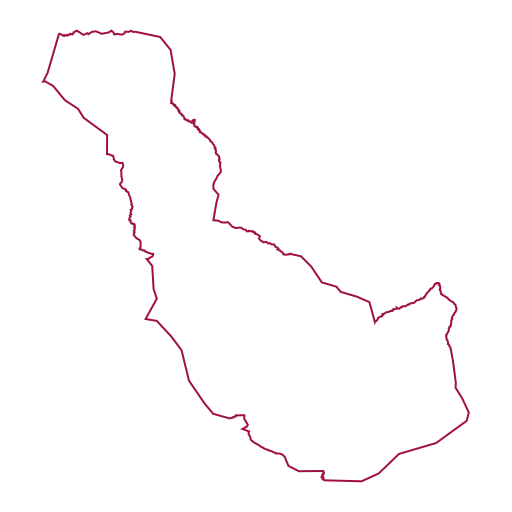 O'mnodelger, Hentiy, Mongolia (Robinson projection)
{"feature_id": "93677404B98015176307240", "entity_name": "O'mnodelger", "entity_type": "district", "adm_level": 2, "iso_a3": "MNG", "parent_name": "Mongolia", "parent_adm1": "Hentiy", "projection": "robinson", "projection_center": [109.533, 48.49], "detail": "fine", "context": "isolated", "style": "outline", "palette": "rose", "viewbox_px": 512, "rotation_deg": 0, "n_neighbors": 0, "source": "geoboundaries", "source_scale": "gbopen_adm2", "svg_char_len": 6047}
<svg xmlns="http://www.w3.org/2000/svg" viewBox="0 0 512 512"><path d="M160.2,37.0L135.5,31.8L133.1,31.9L131.0,30.8L129.0,31.8L125.1,31.7L124.7,33.1L122.5,34.5L120.4,34.5L117.4,33.8L114.9,34.5L114.0,34.1L113.5,32.4L111.4,30.7L108.8,32.4L101.8,33.8L95.8,31.3L91.9,31.9L88.4,34.2L87.5,33.2L83.4,34.9L77.7,31.1L76.9,31.2L76.6,30.7L73.4,32.5L73.5,33.2L72.5,34.4L70.2,33.8L69.8,34.5L68.7,34.6L68.5,35.1L67.5,35.4L67.5,35.0L66.7,34.9L66.2,35.4L64.2,35.9L64.1,35.1L62.7,35.4L59.8,33.7L59.0,34.0L58.8,34.5L47.6,72.8L43.2,81.6L44.9,81.3L53.1,85.9L64.9,100.2L78.0,108.8L83.8,117.9L107.1,135.0L107.0,154.2L109.5,154.4L111.3,155.4L113.0,155.7L113.1,156.5L113.7,157.5L113.7,158.8L114.5,160.4L115.5,161.5L120.1,163.1L122.5,162.8L123.1,165.2L123.0,166.9L121.0,170.3L121.4,172.4L121.4,176.6L122.0,178.2L122.2,180.5L121.5,182.4L120.3,183.3L120.0,184.5L122.3,187.9L126.0,189.7L125.8,190.8L126.8,191.2L127.1,191.8L128.3,192.2L129.5,196.0L130.4,197.8L130.5,199.8L131.0,200.3L131.2,202.0L131.7,203.2L131.4,204.5L131.8,204.8L131.7,205.5L132.6,206.6L132.2,207.0L132.1,208.9L130.8,209.7L131.3,210.5L130.5,212.6L131.2,214.2L130.4,214.5L129.9,215.5L130.5,216.0L130.6,216.5L129.6,217.6L129.2,219.5L129.4,220.3L130.6,220.3L130.5,222.1L131.4,223.2L132.1,223.2L132.4,223.9L133.1,224.3L134.1,223.9L134.9,225.2L134.3,226.6L134.9,227.2L134.3,227.9L134.7,228.3L134.3,229.7L134.6,230.2L133.9,231.0L134.4,231.7L134.1,232.2L134.5,232.6L134.3,233.5L133.8,233.7L133.8,235.2L136.7,238.4L139.3,239.8L140.2,240.9L140.6,242.8L140.6,246.3L140.5,247.1L139.5,248.6L139.7,249.3L141.6,249.6L142.7,250.4L144.8,250.5L145.5,251.7L151.5,253.9L153.3,253.9L153.3,254.3L152.6,256.2L152.0,256.7L149.0,258.1L148.5,258.9L146.7,259.0L152.2,265.9L153.6,289.0L156.8,298.7L145.6,319.0L156.8,320.9L171.2,336.4L181.5,350.1L189.0,380.7L204.8,403.8L213.2,413.8L229.5,418.4L233.4,417.5L233.3,417.0L235.0,416.5L235.5,415.7L235.9,416.1L236.2,415.4L244.2,415.2L244.6,416.0L244.1,417.5L244.4,419.2L247.8,424.7L246.9,426.5L242.5,429.0L249.2,431.5L248.6,432.9L248.6,434.3L250.2,436.8L250.6,439.4L251.3,440.3L254.3,442.6L258.6,445.0L261.5,447.1L263.3,447.7L263.9,448.4L267.9,450.0L268.3,449.9L269.2,450.6L271.8,451.2L273.0,452.2L275.3,452.7L275.9,453.5L279.6,453.5L282.5,454.6L284.8,457.0L288.4,465.9L298.8,471.2L323.1,471.0L323.2,471.7L323.8,472.0L323.9,472.9L323.4,473.4L323.5,473.9L322.7,473.9L322.6,474.4L322.9,475.0L322.4,475.7L322.8,475.8L321.9,476.0L321.6,476.9L322.4,476.9L322.1,477.4L322.3,478.2L322.5,477.8L323.4,477.9L323.2,478.5L324.2,480.3L361.6,481.3L378.8,473.4L399.0,453.9L436.2,443.0L466.8,420.7L468.8,412.5L462.0,397.9L455.6,387.8L455.8,382.6L453.1,361.7L450.8,349.1L450.3,348.1L450.4,347.1L449.3,346.1L449.1,344.9L448.0,344.1L448.3,343.5L447.9,342.7L447.8,341.3L447.5,340.3L446.6,339.5L446.6,337.7L446.1,336.8L446.4,336.1L446.1,334.9L446.8,334.4L447.5,332.8L448.5,331.4L448.9,330.0L448.7,328.8L449.1,328.5L449.0,327.8L449.7,327.2L449.8,326.3L450.6,326.2L450.8,325.7L451.4,320.9L451.2,320.5L452.3,318.9L451.8,317.7L453.3,315.0L454.0,314.5L454.6,312.7L455.6,311.9L456.7,308.4L455.9,307.0L455.4,304.6L454.1,303.8L453.3,302.2L451.4,301.4L448.4,299.2L447.7,298.0L441.3,294.2L441.5,293.8L440.8,293.1L440.8,291.4L439.7,289.8L440.3,289.0L440.0,288.5L440.3,287.2L439.8,285.6L439.0,285.2L439.6,284.1L438.7,283.0L436.3,283.1L436.1,283.8L434.7,284.2L433.3,287.0L431.7,288.5L430.4,288.7L430.2,289.7L429.2,290.4L428.6,291.6L426.6,293.3L426.7,293.8L425.2,295.5L425.2,296.3L424.5,297.2L424.0,297.2L423.9,297.9L421.8,298.8L421.0,298.3L419.6,299.8L417.0,300.3L415.7,301.1L414.3,302.7L409.5,303.7L409.1,304.6L408.0,304.5L405.4,306.3L403.1,306.1L401.7,307.3L401.1,307.0L400.4,307.5L399.4,308.7L397.9,308.5L396.9,307.8L397.1,308.5L396.8,308.7L394.3,309.3L393.6,309.1L393.5,309.6L392.6,309.8L392.5,310.9L390.0,311.1L388.6,312.0L386.2,312.2L384.7,313.5L382.5,314.1L383.0,314.9L382.3,315.3L382.0,316.3L381.0,316.3L377.9,318.1L377.6,319.5L376.1,321.2L375.2,321.3L374.9,322.1L369.4,302.1L357.0,296.7L340.7,291.9L336.5,286.7L321.8,282.4L311.2,266.5L300.9,256.2L291.8,254.3L290.8,253.7L289.9,253.9L289.5,254.4L288.6,254.1L286.5,254.8L283.4,254.4L283.1,253.1L280.0,250.5L278.6,250.2L278.2,249.6L278.2,249.1L277.9,249.1L278.4,248.6L277.4,247.6L275.6,247.0L274.2,244.5L271.2,244.3L269.9,243.1L268.1,243.5L266.5,241.9L263.2,242.3L262.3,241.3L261.2,241.1L259.0,238.5L259.9,236.3L259.5,235.7L255.9,233.8L255.2,233.9L254.8,233.5L255.1,232.5L253.9,232.4L253.1,231.9L253.3,231.5L252.9,231.1L250.4,231.3L248.9,230.7L248.2,231.4L246.7,231.3L245.9,229.9L243.0,229.2L241.6,227.9L240.4,227.5L235.6,228.0L232.3,226.7L228.7,222.8L227.8,222.2L225.1,222.6L221.2,222.3L218.4,220.7L213.4,220.2L216.5,202.2L218.6,194.8L213.4,188.8L213.4,185.6L213.9,182.5L216.9,177.6L217.4,176.1L220.8,172.0L220.9,170.0L219.9,166.3L220.3,164.3L219.9,163.0L220.2,162.6L219.9,162.5L219.8,161.9L218.9,160.8L219.5,159.6L219.1,159.5L219.4,157.7L218.9,157.2L219.0,156.2L216.9,154.3L216.8,153.9L216.0,153.7L215.6,152.3L216.0,151.7L215.9,150.2L215.3,149.6L215.5,148.0L214.7,147.9L214.8,147.1L214.0,145.0L213.0,144.1L212.3,142.6L210.3,141.0L210.2,140.1L207.8,137.6L207.1,137.6L206.7,136.6L205.8,136.0L205.7,136.5L205.4,136.5L205.3,136.0L204.6,135.4L204.5,134.6L203.2,134.5L202.6,133.4L200.7,132.5L200.5,131.8L199.9,132.0L199.8,130.6L198.8,130.2L199.1,129.8L198.6,129.5L198.7,129.0L197.9,128.9L198.1,128.2L197.4,126.9L196.2,126.7L196.1,127.1L194.3,125.9L194.5,125.2L194.1,124.6L194.3,124.0L193.7,123.9L193.6,122.7L193.2,122.7L194.7,121.7L194.7,119.8L193.1,120.1L192.2,121.1L192.3,121.7L191.1,122.2L190.0,121.4L189.1,121.5L188.6,120.8L188.0,120.8L187.9,120.3L187.3,120.6L185.8,119.4L185.4,119.6L184.7,119.2L184.8,118.8L184.4,118.7L183.7,116.5L182.6,115.3L182.0,115.4L181.9,114.5L181.1,114.0L181.2,113.6L179.6,112.9L179.3,112.2L179.5,111.7L179.0,111.5L179.4,111.0L179.3,110.4L178.0,109.8L177.8,108.9L177.2,108.4L177.4,108.1L176.3,107.5L176.3,106.8L175.3,106.4L175.2,105.7L174.4,105.5L174.8,104.9L173.6,104.5L173.6,104.2L172.7,103.8L172.8,103.5L171.1,103.0L171.7,101.4L171.8,100.9L171.2,100.6L174.7,73.9L170.6,49.9L160.2,37.0Z" fill="none" stroke="#9f1239" stroke-width="2"/></svg>